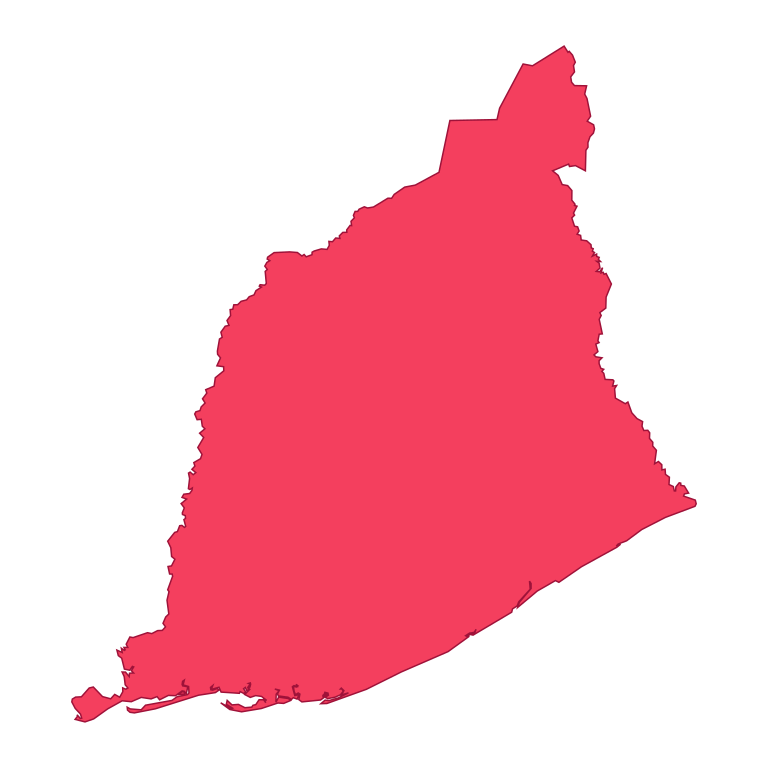 the district of Antón, Coclé, Panama
{"feature_id": "35544464B51577894822537", "entity_name": "Antón", "entity_type": "district", "adm_level": 2, "iso_a3": "PAN", "parent_name": "Panama", "parent_adm1": "Coclé", "projection": "mercator", "projection_center": [-80.226, 8.473], "detail": "fine", "context": "isolated", "style": "filled", "palette": "rose", "viewbox_px": 768, "rotation_deg": 0, "n_neighbors": 0, "source": "geoboundaries", "source_scale": "gbopen_adm2", "svg_char_len": 6102}
<svg xmlns="http://www.w3.org/2000/svg" viewBox="0 0 768 768"><path d="M89.2,688.0L81.4,696.8L75.6,697.1L72.3,699.1L71.8,701.9L75.2,708.4L80.5,714.1L81.7,718.2L80.3,718.5L77.1,714.8L77.5,716.3L75.1,719.4L85.0,721.9L93.7,718.9L107.8,708.8L122.2,700.8L131.3,701.7L141.2,697.4L151.1,698.9L157.1,696.6L159.6,699.8L168.4,695.4L175.5,695.7L182.1,690.9L184.1,691.2L186.3,693.5L187.8,686.8L182.7,685.9L182.1,684.4L182.6,681.3L184.3,680.1L183.1,684.9L188.6,686.5L189.0,692.9L187.5,694.6L177.0,696.8L172.0,700.4L145.5,705.2L141.2,709.8L130.2,708.9L127.2,707.2L127.5,710.1L130.0,712.3L134.4,712.9L155.4,708.8L198.6,695.2L215.4,692.6L219.3,689.9L216.9,688.6L212.6,690.2L210.8,689.8L210.5,687.4L212.8,685.5L211.4,689.4L219.0,687.2L221.1,692.1L239.4,693.3L240.1,691.6L243.7,693.4L245.7,692.1L243.6,688.7L245.3,687.4L246.7,690.5L248.8,689.7L247.8,687.4L250.2,684.0L248.6,683.4L250.3,682.9L250.6,684.3L250.0,687.0L248.4,687.9L249.8,689.3L244.7,694.5L250.3,697.4L255.6,695.6L261.5,696.4L266.7,700.4L264.1,699.4L265.8,702.7L263.6,699.8L259.1,699.7L255.8,704.6L252.9,705.3L251.8,707.1L244.9,707.7L238.4,704.4L232.0,704.9L227.2,700.4L226.3,704.3L232.7,708.2L231.4,708.9L220.7,702.8L229.8,709.5L241.6,711.8L261.4,708.5L277.9,703.0L283.7,703.4L290.6,700.5L288.5,698.6L278.7,697.1L275.9,702.2L276.2,694.2L279.1,690.7L274.8,689.0L279.4,690.1L277.5,693.9L278.3,695.9L288.0,697.2L291.5,699.4L293.3,697.7L297.1,699.1L299.0,694.6L294.8,695.6L292.4,686.8L293.9,685.6L297.1,686.4L296.1,684.3L298.0,685.9L296.7,687.0L293.4,686.4L294.1,691.3L295.5,694.7L298.2,693.0L299.9,694.1L298.8,699.6L301.9,701.9L320.6,700.0L323.5,697.9L322.8,695.9L323.4,694.9L327.7,694.9L327.4,693.6L324.4,693.7L324.9,692.3L328.0,693.1L328.4,695.3L326.4,696.5L323.6,695.6L324.0,696.8L327.8,698.6L335.0,697.2L340.4,694.8L343.1,691.5L342.2,689.1L340.4,689.0L341.3,688.1L343.9,690.6L341.6,694.9L348.5,692.8L338.2,698.0L328.9,700.6L325.1,700.1L320.9,703.7L326.9,703.5L366.4,689.3L401.4,671.9L448.1,651.6L468.8,636.6L469.1,634.1L467.1,636.5L465.6,635.7L469.2,633.3L474.2,632.3L476.1,629.3L474.8,632.7L470.2,634.5L473.1,635.1L511.7,612.2L512.5,608.9L517.2,605.9L518.7,601.9L530.2,589.2L529.5,581.1L531.1,583.6L531.1,588.5L519.4,602.2L517.7,607.4L537.3,591.0L555.4,580.6L558.9,582.3L581.5,566.7L616.9,547.2L620.6,544.2L616.3,546.0L618.2,544.0L626.6,540.8L641.8,529.5L665.4,517.4L695.0,506.3L696.2,503.8L695.3,500.1L683.6,496.1L684.4,493.9L688.6,493.1L684.3,486.0L680.9,485.4L680.7,483.1L679.2,482.8L675.9,486.9L675.6,490.9L674.3,490.9L673.3,486.5L669.0,484.5L669.4,477.2L665.5,474.4L665.1,469.2L661.9,469.9L661.8,464.7L658.4,461.5L654.6,463.8L656.4,450.3L652.7,446.0L652.8,442.3L649.5,438.4L649.7,432.8L647.8,430.3L643.8,430.5L642.0,426.2L642.6,421.6L637.0,418.6L631.8,412.8L627.9,402.0L625.3,403.7L615.4,398.1L614.6,388.7L616.6,385.5L612.6,386.1L613.9,381.0L612.9,379.8L605.1,379.4L603.8,373.4L601.9,371.4L603.7,369.3L600.8,368.3L599.1,363.6L599.1,360.7L602.0,357.8L595.8,356.8L594.0,354.9L597.9,351.6L595.8,344.1L599.1,342.6L597.9,340.8L599.2,334.2L602.3,333.9L599.2,319.3L601.2,315.5L599.8,312.6L605.8,308.1L606.1,297.1L611.4,284.0L606.1,273.5L604.1,274.3L603.2,272.3L601.0,272.9L602.6,267.7L599.6,271.8L596.3,271.4L600.0,268.1L599.1,263.1L596.7,261.3L600.5,261.5L598.4,259.4L599.2,257.4L596.7,256.5L596.6,254.1L592.4,256.1L594.5,252.5L592.4,251.3L593.2,248.7L591.3,247.9L591.0,244.7L586.7,240.8L581.2,240.0L580.6,235.4L577.1,234.2L579.1,231.0L577.6,226.8L574.5,226.2L571.8,217.9L574.6,215.1L573.5,213.1L577.0,206.2L574.5,205.5L575.0,204.2L571.8,200.2L571.9,190.6L567.7,185.6L562.2,184.6L558.2,175.4L552.6,170.8L568.6,164.1L569.5,166.5L575.5,165.6L585.4,170.8L585.9,150.3L588.0,147.2L587.9,142.7L590.0,136.7L593.4,133.1L594.5,128.9L593.6,124.8L587.2,121.2L590.6,116.2L587.0,98.5L584.7,94.1L586.6,85.8L574.5,85.6L571.6,82.3L570.7,76.9L574.5,71.9L573.5,65.6L575.3,62.2L572.5,55.1L569.2,51.3L568.0,52.3L564.1,46.1L532.5,65.8L523.1,64.0L499.6,108.2L497.0,119.6L449.9,120.5L439.0,172.3L415.3,185.1L404.7,187.1L394.2,194.4L391.6,198.3L387.9,198.2L373.5,207.0L367.6,208.0L364.3,206.8L359.1,209.2L357.7,211.4L355.1,211.4L353.4,215.4L354.4,217.8L351.0,221.3L351.6,225.6L350.1,225.4L346.7,229.9L346.8,232.3L342.8,232.4L339.3,235.9L339.9,238.4L335.7,238.0L332.5,241.7L328.9,241.4L329.3,245.3L327.1,249.4L321.3,248.9L314.2,251.0L312.1,252.2L312.0,254.7L306.2,256.8L304.1,254.5L301.9,256.0L297.4,252.5L289.7,251.9L274.1,252.6L267.6,257.2L267.2,259.1L269.8,260.7L266.9,262.4L264.8,266.1L267.3,269.5L265.2,271.4L266.3,283.5L264.7,285.2L260.1,284.7L259.3,286.1L261.4,287.1L256.0,290.6L254.0,294.9L249.2,296.7L246.6,299.9L241.1,301.3L237.7,304.7L233.8,304.8L232.8,309.2L230.1,309.6L230.6,315.6L227.0,320.5L229.0,325.4L225.2,326.2L220.9,332.2L222.2,337.3L219.5,339.0L217.4,351.1L217.6,354.3L220.5,357.9L216.9,365.8L223.6,366.7L223.8,370.8L215.3,377.7L214.1,386.1L205.7,389.7L206.8,393.1L202.5,398.8L205.1,403.0L201.2,406.9L200.0,410.6L195.9,411.8L194.7,414.0L197.1,419.7L201.3,419.3L202.3,426.2L204.9,428.8L199.6,433.2L203.7,437.5L197.8,447.5L202.0,454.4L200.5,458.7L193.8,462.6L194.9,466.1L191.9,469.3L195.8,472.6L193.2,474.7L190.1,472.1L188.5,473.1L189.6,478.5L188.4,488.7L189.9,489.5L192.3,488.0L191.9,490.5L189.6,493.5L183.8,494.2L182.0,497.4L186.6,499.1L181.1,503.6L184.3,507.9L182.3,512.9L182.5,514.5L185.3,515.6L185.5,518.4L183.9,519.6L185.7,526.4L184.5,527.4L181.9,525.4L179.7,525.7L177.4,531.6L174.7,532.4L167.7,541.2L170.8,547.7L171.6,556.5L174.9,559.2L171.5,565.9L168.0,566.5L169.6,574.0L172.2,574.1L172.6,576.3L167.7,589.8L169.0,591.6L167.0,600.2L168.8,614.0L165.7,617.0L163.0,623.3L165.5,626.9L162.3,630.4L157.6,630.6L151.8,633.6L147.5,632.7L133.1,637.6L129.9,637.0L126.2,644.2L127.8,647.4L123.9,647.4L125.2,649.8L124.3,650.4L121.4,648.3L122.2,652.5L116.9,650.1L118.3,655.6L121.7,658.2L124.4,669.1L129.7,670.2L132.4,666.4L133.7,666.9L131.4,670.7L133.6,673.0L129.5,673.2L129.2,676.6L125.5,672.1L122.1,672.0L124.2,676.6L125.2,684.8L127.9,688.0L125.8,689.2L122.7,687.9L122.8,691.7L119.7,697.2L114.7,694.4L110.7,698.8L102.5,696.6L93.3,687.0L89.2,688.0ZM184.8,694.1L184.4,692.2L182.4,691.6L178.4,694.5L184.8,694.1Z" fill="#f43f5e" stroke="#9f1239" stroke-width="1.5"/></svg>